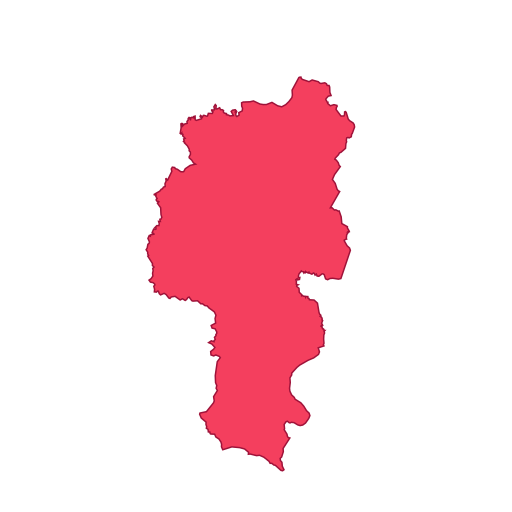 the district of 24 de Mayo, Manabi, Ecuador, rotated 210°
{"feature_id": "8360857B81048544444838", "entity_name": "24 de Mayo", "entity_type": "district", "adm_level": 2, "iso_a3": "ECU", "parent_name": "Ecuador", "parent_adm1": "Manabi", "projection": "orthographic", "projection_center": [-80.362, -1.38], "detail": "fine", "context": "isolated", "style": "filled", "palette": "rose", "viewbox_px": 512, "rotation_deg": 210, "n_neighbors": 0, "source": "geoboundaries", "source_scale": "gbopen_adm2", "svg_char_len": 6129}
<svg xmlns="http://www.w3.org/2000/svg" viewBox="0 0 512 512"><g transform="rotate(210 256 256)"><path d="M336.6,181.6L334.4,180.6L331.7,181.5L329.6,181.0L329.1,180.3L329.4,178.7L327.2,176.5L326.1,174.1L324.1,175.0L323.8,176.3L323.0,176.7L320.9,175.0L319.2,174.6L316.9,177.7L314.6,177.7L310.5,176.0L309.3,176.2L308.9,178.2L305.9,180.6L299.7,180.0L298.3,182.2L295.1,182.1L294.4,183.5L294.2,185.9L293.4,187.0L289.3,185.2L288.1,185.4L284.2,188.0L279.8,187.0L278.6,187.9L275.5,187.5L273.3,188.4L270.8,187.5L264.2,186.8L261.1,184.7L260.2,181.4L257.4,177.7L260.1,173.4L258.0,171.6L255.0,172.5L252.0,170.6L251.3,169.2L251.5,167.9L250.8,167.0L251.3,164.8L249.6,163.4L250.0,161.7L249.5,160.8L252.3,160.2L253.7,157.3L250.3,157.7L245.9,156.3L246.1,154.1L247.5,150.6L245.5,147.8L242.7,148.3L241.3,150.2L237.6,150.7L236.1,150.1L236.7,145.1L231.5,132.1L227.7,126.1L225.2,124.2L224.4,121.5L222.2,120.2L222.4,113.0L219.7,109.6L219.4,107.5L221.1,96.4L226.0,92.0L225.7,90.8L222.4,88.3L216.2,87.2L215.1,85.1L213.3,83.5L212.9,82.0L210.9,81.9L209.3,79.8L208.0,80.5L206.9,79.3L206.2,79.2L202.7,81.0L200.3,79.2L196.6,79.0L193.4,77.4L191.7,75.8L190.5,73.5L187.9,71.6L181.5,78.6L174.3,81.9L169.4,83.2L164.3,82.3L163.5,80.5L162.0,81.6L155.7,83.4L153.3,85.2L148.6,85.7L142.0,84.7L140.1,83.5L138.5,84.4L136.2,83.9L134.6,84.4L127.2,82.8L125.6,83.3L124.9,84.9L128.1,87.1L130.4,90.3L132.6,91.1L133.9,92.8L133.3,94.7L134.5,100.2L136.3,102.9L135.7,115.3L137.3,114.9L138.6,115.5L140.1,117.2L144.8,119.7L144.9,120.7L147.4,124.2L147.1,127.5L146.2,128.6L143.8,128.2L143.0,128.5L142.2,129.7L139.7,130.7L135.4,130.6L133.0,131.2L131.0,133.0L129.6,136.1L129.1,141.6L129.5,144.7L131.5,146.5L134.9,147.3L139.5,149.8L143.8,151.3L150.5,151.5L152.2,152.7L155.7,153.5L159.1,155.9L160.8,158.2L163.1,163.6L165.7,167.4L165.6,170.8L166.5,172.4L164.9,179.9L163.6,183.4L158.7,191.8L155.1,196.6L152.7,202.0L153.1,204.7L156.2,207.6L152.2,212.1L153.3,212.9L153.5,214.4L155.9,217.9L157.8,221.6L158.1,223.6L159.3,224.7L159.1,225.8L159.7,225.4L160.4,226.3L161.0,226.1L161.1,226.5L162.8,226.8L163.4,227.8L164.6,227.7L164.7,228.5L163.7,229.4L165.6,230.6L166.0,233.4L167.0,233.7L167.1,234.5L168.3,235.6L169.1,235.6L169.7,236.4L170.3,236.0L170.5,237.2L171.7,237.4L173.2,238.6L179.2,245.9L183.7,246.9L187.9,244.8L188.9,245.7L190.1,245.6L190.8,246.8L192.8,245.8L192.6,245.2L193.3,245.7L194.8,244.9L196.1,245.1L196.6,244.4L197.2,245.4L200.4,246.2L202.6,249.5L205.6,250.0L206.0,251.0L205.2,252.1L207.0,251.7L208.3,254.2L209.7,255.4L209.0,256.9L208.0,256.1L206.6,257.4L207.3,259.3L208.3,258.5L209.2,259.7L209.8,261.8L209.3,265.7L208.4,265.5L207.1,266.1L206.0,265.2L205.5,267.1L204.8,266.3L204.2,267.4L202.3,267.3L202.1,268.5L201.3,267.9L198.5,268.2L197.8,270.0L196.9,270.1L195.3,269.0L194.7,270.5L193.1,269.2L191.4,269.9L189.8,273.6L189.2,274.0L187.7,274.0L184.3,271.0L182.1,271.3L180.7,273.5L178.4,275.1L173.0,277.2L171.2,278.9L177.1,308.1L179.0,309.7L182.2,310.4L187.2,313.3L187.5,314.0L186.0,316.0L186.5,316.2L188.1,319.8L187.9,322.8L187.3,323.7L187.7,324.0L188.3,323.5L188.0,324.3L191.0,326.1L191.5,327.1L197.9,327.0L201.8,332.5L206.5,336.6L207.2,336.0L209.9,335.9L211.1,335.0L214.3,335.8L215.7,334.9L215.8,353.7L217.4,353.6L219.2,354.4L223.7,358.5L228.1,360.5L228.7,365.8L227.7,375.6L229.4,376.1L231.4,377.9L234.4,379.2L236.1,379.2L236.3,380.4L235.2,385.0L235.3,387.0L234.3,388.2L232.3,394.0L234.4,398.4L234.6,400.2L235.7,401.4L236.5,403.7L235.6,404.7L234.4,404.8L233.1,406.9L234.1,409.3L233.9,410.2L235.1,417.0L236.6,418.8L238.4,419.8L242.5,420.0L244.6,420.7L249.7,425.5L250.8,425.8L251.3,425.1L250.0,422.6L249.9,421.2L252.4,419.7L259.9,422.9L260.7,425.0L260.5,426.0L261.2,426.9L264.2,426.0L266.7,423.3L270.1,423.9L270.5,425.1L271.1,424.8L273.9,426.5L274.0,427.4L273.3,430.6L271.2,432.5L273.8,434.6L276.7,439.2L278.0,440.2L279.6,439.3L281.1,440.4L283.0,440.4L286.0,437.9L287.2,437.6L289.2,438.1L295.4,436.5L297.2,433.5L304.2,432.1L305.9,432.6L306.4,433.4L307.3,433.0L308.1,432.0L307.7,417.7L304.9,413.5L304.1,411.1L304.7,406.3L305.9,402.0L308.3,398.1L312.4,396.9L319.0,397.0L322.7,392.4L325.4,390.8L328.5,389.6L335.7,389.0L338.4,386.5L344.1,382.9L345.1,381.5L343.3,378.6L341.6,377.3L340.5,374.8L342.6,371.5L341.1,369.6L342.3,367.2L343.2,367.4L344.6,368.7L344.9,371.1L346.0,370.5L345.8,371.9L347.1,372.3L349.2,370.6L349.8,368.8L345.8,366.3L348.6,364.3L350.2,364.3L352.3,363.6L352.8,364.6L354.9,363.9L356.3,364.4L356.9,365.8L358.4,365.8L359.9,365.0L361.6,366.2L363.3,363.8L364.3,363.4L365.7,366.4L367.0,366.8L367.1,364.2L365.4,362.4L365.3,361.5L367.4,360.3L367.0,359.6L365.3,359.3L365.1,357.6L368.6,355.7L368.0,353.1L368.3,352.5L371.5,351.8L371.9,351.4L371.8,349.7L374.3,350.0L374.1,348.7L372.1,348.4L371.8,347.6L375.5,343.6L376.8,343.6L378.7,346.7L379.8,345.5L378.9,344.5L381.0,344.0L381.5,343.3L380.9,341.4L381.6,341.5L382.5,342.7L383.3,342.5L383.5,341.2L382.7,339.6L383.1,338.1L381.9,336.5L383.9,334.5L384.7,331.2L385.4,331.6L385.7,333.9L386.5,333.8L387.1,332.9L384.9,329.5L383.0,324.3L382.1,324.6L381.9,325.2L381.6,324.3L381.1,324.9L380.1,324.8L379.6,323.4L376.2,322.5L377.2,321.2L376.0,320.1L376.1,318.9L374.6,318.8L374.5,318.2L370.5,317.1L367.2,315.1L366.5,313.7L364.9,313.3L363.6,311.3L363.5,308.4L362.9,307.6L359.6,306.9L356.8,305.4L354.3,305.3L358.3,301.6L360.9,296.2L360.8,293.0L361.3,292.4L363.3,291.4L367.4,291.8L369.6,291.3L370.6,292.0L372.9,291.1L372.9,289.0L371.2,287.2L370.5,277.6L372.5,278.1L372.7,277.7L371.3,276.0L371.0,273.2L369.4,270.7L370.6,269.4L370.6,267.5L371.4,266.5L371.8,264.0L375.0,258.5L374.6,258.1L373.0,258.9L372.8,257.8L370.3,256.2L370.7,255.4L370.5,254.6L368.8,253.8L367.9,254.5L367.2,254.4L367.7,252.4L362.7,250.1L359.0,244.4L356.9,242.4L356.8,240.3L357.6,239.7L356.1,238.1L357.7,237.3L356.0,235.7L355.3,233.8L357.1,232.7L357.7,230.3L356.9,230.6L356.1,229.3L356.7,228.5L357.9,228.6L358.1,228.0L357.6,224.1L355.8,224.3L355.3,223.8L358.1,221.4L357.4,220.3L358.7,220.1L358.4,217.2L355.3,214.9L354.9,213.5L355.5,212.1L354.2,208.4L354.3,206.5L351.7,205.2L350.9,203.7L349.3,202.8L349.7,201.8L341.9,197.7L341.0,196.0L338.8,195.4L339.2,193.6L337.7,191.8L337.0,189.4L335.3,187.1L335.5,184.0L336.6,181.6Z" fill="#f43f5e" stroke="#9f1239" stroke-width="1.5"/></g></svg>